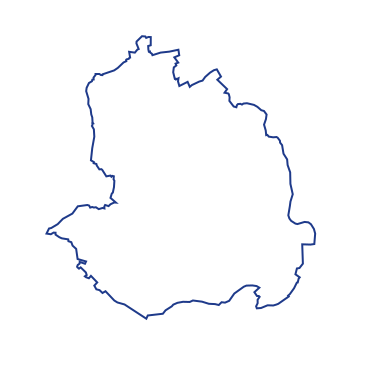 Navan Lea-7, Meath, Ireland (orthographic projection), rotated 288°
{"feature_id": "5873133B99485387457029", "entity_name": "Navan Lea-7", "entity_type": "district", "adm_level": 2, "iso_a3": "IRL", "parent_name": "Ireland", "parent_adm1": "Meath", "projection": "orthographic", "projection_center": [-6.698, 53.64], "detail": "fine", "context": "isolated", "style": "outline", "palette": "blue", "viewbox_px": 384, "rotation_deg": 288, "n_neighbors": 0, "source": "geoboundaries", "source_scale": "gbopen_adm2", "svg_char_len": 3161}
<svg xmlns="http://www.w3.org/2000/svg" viewBox="0 0 384 384"><g transform="rotate(288 192 192)"><path d="M325.5,99.6L324.7,96.3L318.0,92.8L316.2,93.2L311.5,97.1L310.5,96.0L306.9,94.6L305.9,88.9L300.7,91.6L300.1,90.9L299.1,90.7L297.9,88.8L297.1,88.5L296.1,89.1L294.1,86.9L287.1,83.1L283.6,80.4L276.3,70.6L275.5,70.7L275.1,69.2L275.6,67.4L274.4,63.8L273.5,64.1L270.4,63.0L268.6,63.7L268.0,62.5L266.4,62.6L263.8,60.3L258.5,59.6L255.2,60.2L248.6,64.8L243.5,66.2L239.5,70.0L234.7,72.2L232.1,74.1L227.5,75.9L226.8,76.7L226.5,76.0L225.2,76.6L223.9,76.4L221.3,79.3L214.4,82.0L202.8,83.6L190.9,86.1L190.1,89.5L189.0,89.6L189.1,92.4L187.7,93.3L184.9,96.9L185.7,98.8L185.3,99.8L180.4,105.7L182.4,109.3L181.6,110.6L182.7,111.1L182.8,112.8L179.8,113.5L178.7,114.7L172.5,116.3L167.0,116.9L165.7,116.2L161.2,116.3L158.4,122.9L158.0,121.3L155.2,118.3L152.8,117.0L152.8,113.4L151.1,113.1L149.3,113.8L149.2,111.9L146.9,108.6L147.8,105.3L146.9,103.5L146.9,101.7L145.7,100.0L147.3,98.4L147.3,96.5L143.1,87.8L134.5,84.9L126.6,77.5L119.9,74.2L114.2,69.2L113.1,67.3L107.5,66.5L108.2,70.8L110.6,72.9L111.1,74.8L109.3,75.4L108.0,79.8L107.7,82.5L108.7,88.9L107.0,89.7L107.0,92.7L104.1,95.0L102.1,99.4L92.9,103.9L93.2,112.7L90.7,112.4L90.8,106.8L89.1,107.2L87.3,105.9L85.5,105.8L85.0,106.2L84.2,108.2L85.9,109.4L82.7,115.9L80.5,117.5L78.7,116.2L78.2,117.5L78.1,120.6L81.0,121.8L76.7,129.8L72.8,128.0L69.9,131.1L70.1,134.4L68.3,138.1L70.9,140.4L64.8,151.6L63.9,155.2L64.2,162.6L57.4,187.7L60.9,188.1L67.2,201.9L71.3,203.4L77.0,208.1L79.1,209.0L82.1,212.4L84.8,217.4L86.7,223.8L89.1,226.4L90.8,235.4L90.9,242.6L92.5,248.5L92.8,252.4L96.3,254.2L97.0,257.6L100.0,261.0L108.5,263.6L117.9,270.5L119.8,272.7L121.8,278.3L122.5,282.5L121.8,285.6L116.0,282.3L113.2,285.9L113.7,287.7L113.2,288.7L109.8,287.7L106.5,288.8L103.1,288.3L101.4,289.6L103.0,293.5L107.6,298.9L109.2,304.4L111.0,307.0L112.3,308.6L122.5,316.3L123.1,315.4L125.1,316.6L132.0,318.8L138.2,319.7L138.6,320.5L142.5,320.2L144.1,320.8L145.7,315.8L151.7,315.4L152.9,317.7L158.1,319.6L176.3,313.0L178.6,320.9L180.3,324.4L190.5,322.0L194.5,319.4L198.1,315.1L199.1,312.1L198.3,308.3L194.1,302.2L193.9,300.1L195.2,295.2L196.9,292.8L199.6,290.8L209.0,289.4L213.3,288.6L221.0,288.5L230.1,283.1L241.0,279.3L247.2,274.6L252.4,272.4L256.7,267.2L264.4,263.2L266.2,260.5L267.9,259.8L270.1,256.7L270.4,255.4L269.1,252.3L268.4,247.9L269.6,246.0L269.0,245.0L273.3,243.1L278.3,239.7L284.1,239.8L288.7,239.0L291.3,235.4L291.2,232.6L293.2,227.9L294.0,224.0L293.4,216.8L292.0,213.6L290.6,212.5L290.8,210.8L289.8,208.5L288.5,207.9L286.3,208.0L286.2,205.2L290.2,199.4L293.7,198.5L296.4,196.8L296.9,196.0L296.5,192.3L300.7,193.6L306.6,181.4L310.7,183.9L316.3,177.7L314.6,175.2L311.1,172.3L305.5,169.0L301.2,167.6L299.3,164.8L293.6,158.8L291.3,157.4L295.4,153.8L288.9,147.2L292.9,144.5L296.0,144.0L294.1,142.0L294.7,141.5L294.3,140.7L300.1,137.1L304.9,136.2L307.5,138.0L309.0,136.7L310.8,138.9L314.6,133.6L318.1,137.6L323.1,135.1L318.5,127.1L314.9,119.1L309.9,112.1L311.1,111.1L311.8,108.9L312.6,108.6L312.1,107.6L314.0,106.5L317.3,105.2L318.8,107.4L326.6,104.9L326.0,102.7L324.4,100.8L325.5,99.6Z" fill="none" stroke="#1e3a8a" stroke-width="2"/></g></svg>